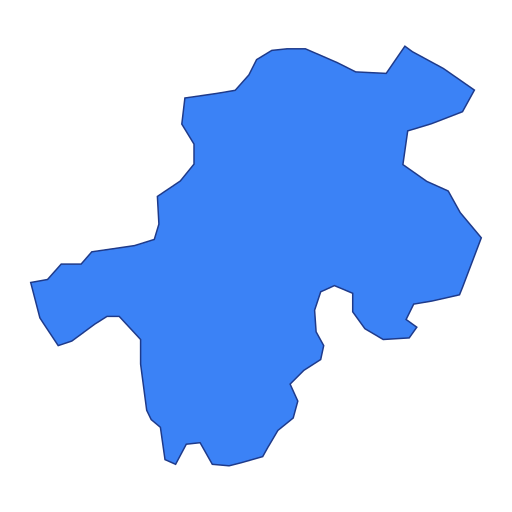 Uiryeong-gun, South Gyeongsang, South Korea
{"feature_id": "91817680B90592918780723", "entity_name": "Uiryeong-gun", "entity_type": "district", "adm_level": 2, "iso_a3": "KOR", "parent_name": "South Korea", "parent_adm1": "South Gyeongsang", "projection": "natural_earth1", "projection_center": [128.274, 35.379], "detail": "fine", "context": "isolated", "style": "filled", "palette": "blue", "viewbox_px": 512, "rotation_deg": 0, "n_neighbors": 0, "source": "geoboundaries", "source_scale": "gbopen_adm2", "svg_char_len": 1078}
<svg xmlns="http://www.w3.org/2000/svg" viewBox="0 0 512 512"><path d="M404.9,46.2L386.2,73.4L355.7,71.9L337.4,62.7L305.4,48.8L287.1,48.8L271.8,50.4L256.6,59.6L248.9,74.9L235.2,90.3L216.9,93.4L184.9,98.0L181.8,124.1L194.0,144.1L194.0,164.1L180.3,181.0L157.4,196.4L158.9,224.1L154.3,239.4L134.5,245.6L91.8,251.8L81.1,264.1L61.2,264.1L47.5,279.5L30.7,282.5L39.9,317.9L43.6,323.6L58.2,345.6L71.9,341.0L94.8,324.1L107.0,316.4L119.2,316.4L140.6,339.5L140.6,364.1L146.7,410.3L151.2,419.6L160.4,427.3L165.0,459.6L175.6,464.3L186.3,444.2L200.1,442.7L212.3,464.3L229.1,465.8L241.3,462.7L262.7,456.6L268.4,446.4L268.8,445.8L277.9,430.4L293.2,418.0L297.8,401.1L290.1,384.1L303.9,370.3L320.7,359.5L323.7,345.6L316.1,331.8L314.6,310.2L320.7,291.8L334.4,285.6L352.7,293.3L352.7,311.8L364.9,328.7L383.2,339.5L409.2,337.9L416.8,327.2L406.1,319.5L413.7,304.1L432.1,301.0L459.5,294.8L462.6,287.1L481.3,237.8L460.2,212.6L448.2,191.0L426.8,181.4L402.9,164.6L407.7,130.9L431.5,123.7L462.5,111.7L474.4,90.1L443.4,68.5L412.4,51.7L404.9,46.2Z" fill="#3b82f6" stroke="#1e3a8a" stroke-width="1.5"/></svg>